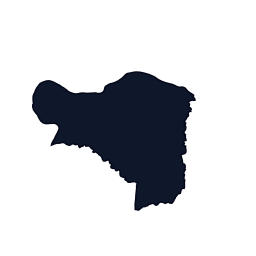 Filadélfia, Tocantins, Brazil, rotated 235°
{"feature_id": "56859067B89236787477182", "entity_name": "Filadélfia", "entity_type": "district", "adm_level": 2, "iso_a3": "BRA", "parent_name": "Brazil", "parent_adm1": "Tocantins", "projection": "mercator", "projection_center": [-47.816, -7.505], "detail": "fine", "context": "isolated", "style": "filled", "palette": "ink", "viewbox_px": 256, "rotation_deg": 235, "n_neighbors": 0, "source": "geoboundaries", "source_scale": "gbopen_adm2", "svg_char_len": 5531}
<svg xmlns="http://www.w3.org/2000/svg" viewBox="0 0 256 256"><g transform="rotate(235 128 128)"><path d="M46.4,139.4L47.2,140.4L48.2,141.0L49.4,141.8L50.1,142.4L51.1,142.8L51.7,143.6L52.4,144.2L53.4,144.8L54.4,144.3L55.0,145.1L55.9,145.9L56.6,146.6L57.3,147.5L58.5,147.3L59.1,148.0L59.9,148.5L60.2,149.4L60.8,150.5L61.2,151.2L62.0,150.8L62.7,151.9L63.8,152.9L64.9,153.4L65.9,153.5L66.4,152.7L67.4,152.6L68.7,152.9L69.6,153.6L70.6,153.9L71.8,154.5L73.0,154.9L73.9,155.1L74.7,155.4L75.2,156.1L75.8,157.2L75.1,157.9L75.0,158.9L74.5,159.8L74.8,160.6L75.0,161.5L75.7,162.1L76.8,162.8L77.8,163.4L78.9,163.5L79.4,164.2L79.9,164.8L80.8,164.2L81.8,163.9L82.8,164.1L82.8,165.2L84.0,165.4L85.3,166.1L85.0,167.3L84.7,168.5L86.0,169.1L87.1,169.1L87.8,170.0L88.7,170.4L89.7,170.1L89.6,171.1L90.8,170.9L91.9,171.2L93.0,171.3L93.0,172.3L93.4,173.3L93.9,174.4L94.8,175.2L95.5,175.9L96.7,176.1L97.1,175.4L98.0,175.8L97.9,176.9L98.4,177.6L99.2,178.1L100.0,177.6L100.6,177.0L101.1,178.5L101.7,179.5L102.0,180.4L102.3,181.3L103.1,182.0L103.1,183.1L103.1,184.0L103.9,185.0L104.9,185.4L105.6,185.7L106.2,186.5L106.2,187.5L106.1,188.3L105.6,189.0L106.8,189.5L107.0,190.4L107.9,190.8L109.0,190.4L110.3,189.8L111.1,190.8L112.0,191.9L113.1,192.2L114.4,192.0L114.9,193.2L114.7,194.3L114.5,195.4L114.1,196.3L113.6,197.2L112.8,197.9L112.4,198.9L113.6,199.4L114.5,199.4L115.5,199.1L116.4,199.7L117.2,200.5L118.4,200.2L119.3,199.8L120.1,199.5L121.0,199.0L122.0,198.7L122.9,198.3L123.8,198.1L124.9,197.9L125.9,197.8L126.9,197.8L128.0,197.6L129.1,197.0L130.1,196.2L130.7,195.5L131.3,194.4L131.9,193.5L132.6,192.7L133.5,192.1L134.3,191.6L135.5,191.0L136.4,190.4L137.5,189.8L138.6,189.0L139.6,188.1L140.6,187.2L141.3,186.6L142.1,185.9L143.1,185.1L143.7,184.6L144.4,184.1L145.2,183.6L146.0,183.0L147.0,182.3L148.3,181.6L149.2,181.1L150.3,180.6L151.5,180.1L152.6,179.7L153.5,179.4L154.4,179.1L155.6,178.4L156.7,177.8L157.7,177.2L158.7,176.5L159.7,175.9L160.8,175.0L161.7,174.3L162.5,173.7L163.2,173.1L163.9,172.4L164.8,171.7L165.6,170.9L166.2,170.3L167.0,169.6L167.5,168.9L168.0,168.2L168.7,167.4L169.3,166.6L169.7,165.8L170.2,165.0L170.6,164.1L171.0,163.1L171.5,161.9L172.1,160.6L172.6,159.6L173.0,158.5L173.1,157.5L173.1,156.6L172.9,155.7L172.7,154.7L172.5,153.6L172.4,152.8L172.2,151.9L172.2,151.0L172.2,150.0L172.2,148.8L172.2,148.0L172.2,146.9L172.4,145.7L172.5,144.5L172.9,143.2L173.2,141.9L173.5,140.9L173.8,140.1L174.2,139.3L174.5,138.3L174.7,137.2L174.8,136.1L174.8,134.9L174.9,133.8L174.6,132.6L173.9,131.7L173.3,131.1L172.6,130.4L172.1,129.3L171.8,128.2L171.8,126.8L172.1,125.6L172.4,124.9L172.9,123.9L173.7,122.8L174.7,122.1L175.5,121.3L176.2,120.1L176.9,118.9L177.6,117.9L178.4,116.5L179.0,115.6L179.6,114.7L180.3,113.6L181.1,112.8L181.8,112.0L182.4,111.2L182.9,110.4L183.6,109.4L184.7,106.6L185.7,104.9L187.3,103.1L191.0,100.5L193.1,99.7L194.3,99.5L198.2,98.1L199.2,97.5L202.2,96.5L204.4,95.2L206.0,94.5L209.2,92.7L211.4,91.0L212.6,89.4L213.4,87.8L213.7,86.8L214.1,85.5L214.6,83.5L214.7,82.7L214.7,81.7L214.7,80.9L214.4,80.1L214.1,79.2L213.6,77.7L213.4,76.8L212.7,75.4L212.0,74.0L210.5,71.9L209.7,70.3L208.8,69.0L207.7,67.9L206.7,67.3L205.5,66.4L203.4,65.2L202.0,64.5L201.6,63.3L199.9,62.1L197.2,61.1L193.0,61.1L191.8,61.3L190.6,61.4L189.7,61.3L188.6,60.9L184.5,60.6L183.3,60.7L181.0,61.4L179.0,62.9L177.4,65.2L176.4,67.1L175.8,67.8L174.7,69.7L173.6,70.9L171.6,72.0L170.3,72.2L168.8,72.1L168.0,71.9L167.1,71.3L166.2,70.2L164.5,67.6L164.2,66.8L162.5,63.5L161.2,61.5L160.5,59.5L159.2,57.1L157.9,55.5L157.5,57.2L157.3,58.2L157.0,59.2L156.7,60.0L156.4,60.8L156.0,61.6L155.5,62.2L155.0,63.0L154.5,64.0L154.2,65.0L153.8,65.8L153.3,66.6L152.4,67.4L151.1,67.9L150.1,68.2L149.2,68.6L148.5,69.2L147.8,69.8L147.3,70.4L147.1,71.3L147.2,72.1L147.0,73.1L146.4,74.3L145.4,74.8L144.7,75.2L144.1,76.0L143.9,77.1L143.0,77.7L142.0,77.6L141.1,77.1L139.7,77.3L139.6,78.4L139.9,79.5L139.0,80.5L139.4,81.6L139.6,82.6L139.1,83.4L138.4,83.2L137.6,82.9L137.0,83.6L136.5,84.5L135.9,85.4L135.5,86.0L134.6,86.1L133.4,86.2L132.4,86.4L131.4,86.5L130.6,87.3L129.8,87.8L129.2,87.1L129.0,86.2L128.6,85.5L127.7,85.9L127.4,87.0L127.0,87.9L126.2,88.2L125.1,88.5L124.1,89.1L123.0,88.8L121.8,89.4L120.5,89.8L119.4,89.8L118.3,89.6L117.1,89.2L116.1,89.1L115.2,89.0L114.6,89.6L114.1,90.4L113.8,91.4L113.7,92.4L113.3,93.2L112.4,94.0L111.4,93.7L110.3,93.1L109.1,93.0L108.4,93.8L107.3,93.9L106.9,93.1L106.4,92.0L105.2,91.4L104.2,91.9L103.4,92.6L102.9,93.6L101.9,94.0L100.6,93.6L99.8,93.8L99.4,94.7L99.2,96.0L98.6,97.0L97.7,96.7L96.6,96.5L95.8,95.7L95.1,95.1L94.2,94.9L93.4,94.4L92.2,94.7L91.2,95.3L90.6,95.8L89.9,96.3L89.2,97.2L88.2,97.0L87.9,96.1L86.9,96.0L86.0,96.7L84.6,96.8L83.6,97.0L82.9,97.9L82.3,98.7L81.9,99.8L81.5,100.9L80.9,101.5L80.4,102.6L79.8,103.3L78.6,103.4L77.7,104.1L76.8,103.4L76.3,102.4L75.5,101.7L74.4,101.1L68.7,96.2L67.7,95.4L65.9,94.0L62.9,91.4L62.0,90.6L60.7,89.6L57.1,87.2L56.2,88.3L55.3,88.9L54.7,89.7L54.7,90.7L54.9,91.9L54.8,93.0L55.0,94.0L54.9,95.3L54.1,96.4L53.7,97.5L53.5,98.7L53.1,99.7L53.3,100.7L53.4,101.5L52.9,102.5L52.6,103.7L52.3,104.7L51.5,105.7L50.1,106.1L49.0,106.4L48.4,107.2L48.4,108.2L48.5,109.3L48.9,110.3L48.9,111.3L48.7,112.4L48.0,112.9L47.6,113.7L46.7,114.2L45.8,114.7L44.9,115.4L44.7,116.3L44.5,117.3L44.5,118.3L43.7,118.8L42.8,119.0L42.1,119.8L41.3,120.5L41.3,121.4L41.7,122.4L41.9,123.3L42.3,124.0L43.0,124.7L43.2,125.8L43.6,126.6L44.3,127.3L44.4,128.3L44.7,129.3L45.2,130.4L45.3,131.8L44.7,132.6L44.5,133.4L45.2,134.1L45.8,134.8L46.5,135.6L47.0,136.3L47.3,137.3L47.2,138.3L46.4,139.4Z" fill="#0f172a" stroke="#020617" stroke-width="1.5"/></g></svg>